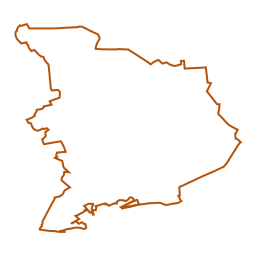 Codes pag., Bauska, Latvia
{"feature_id": "27541924B25863088320510", "entity_name": "Codes pag.", "entity_type": "district", "adm_level": 2, "iso_a3": "LVA", "parent_name": "Latvia", "parent_adm1": "Bauska", "projection": "robinson", "projection_center": [24.192, 56.468], "detail": "fine", "context": "isolated", "style": "outline", "palette": "amber", "viewbox_px": 256, "rotation_deg": 0, "n_neighbors": 0, "source": "geoboundaries", "source_scale": "gbopen_adm2", "svg_char_len": 5476}
<svg xmlns="http://www.w3.org/2000/svg" viewBox="0 0 256 256"><path d="M181.3,201.1L180.9,200.8L178.4,195.9L179.8,195.6L179.8,194.7L179.7,194.3L179.7,194.2L179.7,192.8L179.5,190.4L179.4,188.0L179.4,187.5L179.4,187.0L180.2,186.7L181.8,185.8L183.3,185.4L184.8,184.6L203.6,175.8L207.6,174.1L214.7,171.0L219.2,168.8L224.0,166.6L224.1,166.4L224.7,165.6L225.9,164.2L226.9,163.1L229.7,158.5L230.5,157.3L233.0,153.2L235.7,149.0L236.7,147.3L236.8,146.9L237.7,145.8L237.8,145.6L240.3,142.2L240.6,142.2L239.9,141.3L236.2,138.3L235.7,138.5L235.3,135.8L235.3,133.6L235.5,133.6L235.7,133.3L235.8,133.3L235.9,133.0L237.7,129.7L235.7,128.8L235.6,128.7L232.1,126.8L231.7,126.6L228.5,124.7L220.2,115.8L219.3,115.3L219.1,114.9L218.2,113.5L218.1,113.3L219.0,110.3L219.1,110.2L219.1,109.8L219.5,104.2L217.2,104.3L217.0,104.2L213.2,99.3L213.1,99.2L211.0,96.5L206.9,91.3L210.9,83.3L209.2,82.7L207.6,82.6L207.1,78.6L206.6,74.0L206.5,73.2L205.9,67.4L201.1,67.7L184.7,68.6L184.0,60.8L180.9,60.9L181.2,64.2L177.3,65.4L176.4,65.7L175.3,65.8L174.5,66.0L170.2,64.7L166.9,62.6L165.6,62.6L163.4,63.2L163.1,63.5L161.7,63.2L161.3,62.5L160.0,61.5L159.7,60.7L157.8,60.0L153.1,62.4L152.0,63.4L150.6,64.4L150.4,64.3L148.8,62.7L148.7,62.7L145.2,60.4L134.6,53.6L129.6,50.4L128.3,49.5L123.8,49.3L117.5,49.1L117.1,49.4L109.0,49.4L105.7,49.3L101.7,49.3L95.9,48.8L95.7,48.8L95.9,47.0L96.1,45.9L97.1,43.2L99.7,38.8L99.6,38.3L98.1,34.4L89.9,30.7L84.6,27.8L84.2,27.8L83.9,27.7L82.7,26.9L82.1,26.7L81.8,26.7L79.2,26.5L78.3,27.1L74.8,27.3L74.4,27.3L68.8,27.6L55.2,28.4L45.5,28.5L44.3,28.4L44.0,28.5L30.7,28.4L29.3,28.5L26.9,24.1L24.9,24.7L23.0,25.3L20.8,25.9L19.9,25.4L17.8,27.7L16.9,29.6L17.1,30.7L15.9,31.6L15.4,33.1L15.6,35.5L16.5,38.0L17.6,39.8L19.2,41.2L21.2,43.5L26.3,42.3L26.5,43.5L28.1,45.2L28.5,47.1L29.7,49.0L31.4,51.1L34.3,49.9L38.8,54.7L41.5,56.7L42.3,56.7L43.1,56.8L43.4,56.9L43.7,57.3L44.4,59.4L44.4,59.6L45.3,60.8L46.5,62.6L47.9,63.8L48.5,64.5L49.6,75.2L49.7,76.9L49.9,78.9L50.0,79.9L50.1,80.1L50.2,82.5L50.4,83.6L50.7,88.3L51.0,89.1L52.0,90.5L57.9,89.9L59.6,91.5L60.0,93.3L59.5,97.7L54.2,99.6L49.7,101.3L51.5,104.7L44.3,106.3L44.2,106.3L44.3,106.5L42.2,108.8L41.6,108.9L40.5,109.3L38.9,109.4L37.0,109.9L36.6,110.0L36.6,111.2L36.6,111.3L35.2,113.5L34.6,114.4L34.5,114.7L34.5,114.9L35.0,115.6L34.9,115.7L33.1,116.9L32.5,117.4L28.8,119.0L26.6,119.8L27.6,121.5L28.7,123.1L28.8,123.2L29.5,123.0L29.9,123.0L30.6,123.2L31.1,123.6L31.3,124.3L31.6,125.1L31.9,126.1L32.3,127.0L33.8,129.0L34.1,129.2L36.1,130.2L37.7,130.7L38.6,130.6L39.8,130.1L40.7,129.6L41.8,129.0L42.6,128.5L42.8,128.5L43.7,129.0L43.9,129.1L46.8,128.2L47.6,129.0L48.6,129.8L45.7,131.8L45.3,132.2L45.3,132.5L45.5,134.3L45.8,136.0L45.6,136.2L43.6,138.4L42.2,139.3L43.1,142.2L44.0,144.2L50.6,143.0L60.7,141.3L62.0,143.1L64.2,147.7L65.7,151.8L57.0,152.6L56.8,153.5L56.4,154.4L56.2,154.7L56.3,155.5L56.5,156.7L56.4,156.8L56.6,156.9L56.4,157.0L56.7,157.1L55.2,158.0L59.2,159.7L59.4,159.8L62.2,160.9L63.5,167.1L63.7,167.5L68.8,172.2L64.3,171.8L63.9,174.8L62.8,176.5L62.0,177.5L61.9,177.7L61.7,178.2L61.6,178.5L61.6,180.4L69.9,187.4L64.9,190.2L64.1,191.4L63.9,191.9L62.6,194.3L61.9,195.2L60.4,195.7L59.7,196.4L54.8,197.5L55.0,197.9L54.1,200.0L53.9,200.1L52.8,202.1L51.1,205.2L48.5,210.2L48.0,211.1L42.5,221.4L42.5,223.9L41.6,224.9L41.9,226.2L40.9,227.1L39.7,228.8L39.8,229.6L44.1,230.2L49.4,230.9L54.7,231.1L58.2,231.8L61.1,231.9L64.5,231.9L64.4,231.7L64.5,231.6L64.4,231.5L63.2,231.6L62.1,231.5L61.7,231.4L61.2,231.3L60.9,230.9L62.0,230.8L62.7,230.6L64.1,230.2L65.8,229.5L66.5,229.4L67.4,229.1L69.2,228.8L70.6,228.7L70.8,228.6L71.5,228.4L72.8,228.2L74.1,227.8L76.6,227.5L78.8,227.7L81.5,228.2L83.0,228.8L83.6,228.9L84.3,228.8L84.9,228.7L85.5,228.4L85.9,228.0L86.3,227.1L86.2,226.8L85.7,225.7L85.4,224.4L85.4,224.1L84.9,224.1L83.7,223.6L81.9,222.2L81.1,222.6L79.0,223.8L75.9,221.3L72.0,223.4L71.8,223.2L75.9,220.9L79.1,219.0L75.5,215.9L76.5,215.6L77.8,215.0L82.3,212.7L85.4,210.8L84.8,210.1L86.8,209.2L87.8,210.4L89.1,211.8L90.2,212.8L90.4,212.7L89.4,211.8L88.9,211.3L88.3,210.5L88.0,210.2L84.2,205.9L88.5,203.8L93.1,203.9L93.1,204.1L92.2,206.6L92.0,207.6L91.9,208.5L91.7,208.5L91.7,209.4L92.0,212.4L92.2,212.6L93.0,214.7L93.7,214.6L93.3,213.4L93.2,213.4L92.9,212.6L92.8,211.9L92.4,210.3L93.8,210.1L95.8,210.2L95.8,209.8L96.0,208.7L96.3,207.8L96.3,207.4L96.0,206.8L95.6,206.1L105.0,203.5L105.6,204.5L106.8,203.9L108.9,205.8L111.7,204.5L114.6,203.3L116.8,203.5L116.6,202.2L116.9,201.9L117.7,201.3L117.7,201.2L118.0,201.0L118.2,200.9L118.4,200.8L119.4,200.1L121.5,200.2L123.9,200.4L124.1,200.4L125.2,201.1L125.6,201.2L125.8,201.1L127.6,199.9L128.7,199.1L129.2,198.3L129.3,197.9L129.5,197.7L130.2,197.4L131.3,197.4L131.5,197.5L132.0,197.7L132.8,198.4L133.0,198.6L133.7,199.3L133.9,199.4L134.1,200.6L130.8,202.1L130.1,202.5L129.3,202.9L129.2,202.9L128.5,203.3L122.5,206.4L121.3,206.9L120.8,207.1L121.2,207.4L122.0,207.1L123.3,206.4L127.8,204.1L130.2,202.8L131.5,202.2L137.1,199.8L139.1,204.4L137.8,204.7L136.5,205.0L136.4,204.8L135.7,204.9L134.4,205.2L134.0,205.4L132.7,205.7L131.9,205.8L130.2,206.2L128.7,206.4L126.5,207.0L125.5,207.1L125.1,207.2L124.2,207.4L123.5,207.7L122.3,208.0L121.9,208.1L122.2,208.6L123.5,208.1L124.8,207.8L126.7,207.5L129.5,207.0L132.8,206.1L137.4,205.0L140.0,204.5L142.4,204.2L144.7,204.0L148.5,203.3L154.1,203.1L157.2,202.8L159.0,202.8L161.0,203.1L162.1,203.5L163.8,204.3L165.1,204.8L166.6,204.9L168.5,204.7L171.8,203.8L174.2,203.5L176.1,203.3L178.2,202.9L180.6,201.5L181.3,201.1Z" fill="none" stroke="#b45309" stroke-width="2"/></svg>